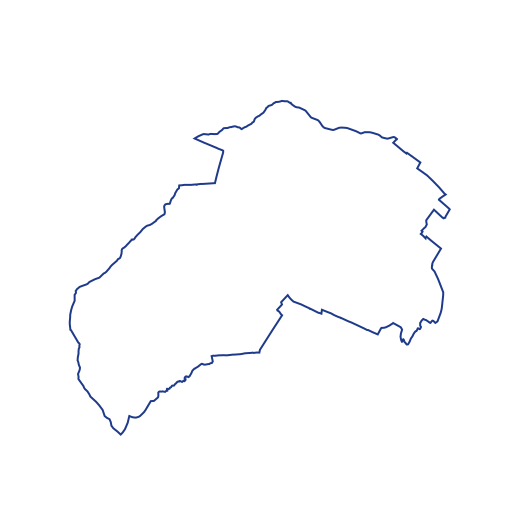 outline of Cristesti, Botosani, Romania, rotated 78°
{"feature_id": "2599482B85753621682274", "entity_name": "Cristesti", "entity_type": "district", "adm_level": 2, "iso_a3": "ROU", "parent_name": "Romania", "parent_adm1": "Botosani", "projection": "robinson", "projection_center": [26.725, 47.605], "detail": "fine", "context": "isolated", "style": "outline", "palette": "blue", "viewbox_px": 512, "rotation_deg": 78, "n_neighbors": 0, "source": "geoboundaries", "source_scale": "gbopen_adm2", "svg_char_len": 6095}
<svg xmlns="http://www.w3.org/2000/svg" viewBox="0 0 512 512"><g transform="rotate(78 256 256)"><path d="M255.0,440.1L256.3,441.5L262.1,442.7L266.6,445.9L268.3,446.9L270.8,448.2L275.0,450.0L277.2,450.5L281.8,451.9L283.7,452.3L289.6,452.9L290.0,452.4L303.8,447.8L304.5,447.2L305.6,446.8L307.2,447.5L308.5,447.6L309.9,448.6L312.6,449.5L314.7,449.9L317.9,451.3L321.0,452.2L322.7,451.9L325.8,451.9L328.3,451.4L329.1,451.5L331.0,452.3L334.4,454.6L337.4,454.7L338.6,455.1L339.6,455.2L347.4,451.8L348.9,451.6L350.5,451.0L353.4,449.0L356.6,447.8L359.1,447.2L365.4,442.7L369.7,440.3L374.8,438.0L381.1,437.3L383.3,435.5L385.2,433.2L388.3,432.6L391.9,432.7L394.8,431.4L398.8,428.1L402.5,425.5L401.0,423.2L398.2,420.2L392.5,416.2L386.2,413.2L387.9,410.6L389.0,407.7L389.1,406.8L389.0,404.8L388.9,404.1L388.3,402.5L385.5,398.1L384.0,396.4L376.1,389.1L376.5,385.9L374.0,381.4L373.7,381.1L372.2,380.5L369.4,380.0L368.7,379.3L368.5,378.7L368.7,377.5L369.0,376.7L369.0,375.6L370.0,373.1L369.4,372.1L369.3,370.7L368.9,370.6L368.1,370.9L367.7,370.9L367.4,370.6L367.9,369.1L367.8,368.2L366.9,367.6L366.7,366.4L365.5,365.2L365.4,364.8L365.7,363.2L364.1,361.3L364.1,360.9L363.7,360.3L363.0,359.7L362.9,358.9L362.5,358.2L362.8,357.1L362.4,356.7L362.5,356.3L363.8,354.5L363.0,352.9L363.1,352.5L363.5,352.2L363.2,351.4L362.8,350.9L361.9,350.5L361.4,351.3L360.4,351.1L360.0,350.9L359.7,350.5L359.6,350.2L359.3,349.9L359.2,349.3L359.8,348.7L359.8,347.8L360.4,347.2L359.9,346.1L357.3,343.7L354.9,342.0L353.4,339.7L353.4,339.0L353.1,338.5L352.1,335.6L350.4,332.3L350.2,331.3L350.5,331.0L350.7,330.4L351.3,329.7L351.7,328.6L351.8,325.0L352.0,324.2L351.6,323.4L351.5,323.0L351.4,322.0L351.5,321.5L350.2,320.2L344.7,320.2L344.6,318.9L345.1,316.7L345.4,313.3L346.3,308.3L347.1,305.2L347.7,298.7L348.0,297.4L348.8,291.5L348.9,288.2L348.8,287.6L349.8,280.6L349.8,279.4L350.3,278.6L350.6,275.1L351.2,272.8L348.5,271.6L332.5,255.9L319.4,242.8L318.3,243.6L315.2,244.9L314.4,245.6L313.9,246.3L313.0,246.5L308.9,240.7L306.4,241.0L300.9,233.1L303.7,231.9L305.9,230.6L308.4,228.8L312.8,221.8L315.1,218.9L318.2,214.7L318.7,214.1L318.9,214.2L319.6,212.9L324.5,206.8L324.6,206.3L326.0,204.0L322.3,202.7L325.2,198.4L327.8,194.4L330.1,191.8L332.3,188.8L333.6,186.7L334.2,186.0L334.1,185.9L338.9,179.5L341.1,176.2L349.5,165.1L351.5,162.7L351.8,161.6L352.3,161.0L355.0,157.5L358.0,153.2L353.3,149.2L352.4,148.3L352.8,145.7L352.8,144.3L352.5,142.9L351.8,140.0L350.8,137.5L350.4,136.1L350.1,135.8L355.6,129.4L356.4,129.0L358.4,128.4L361.8,130.3L365.0,131.4L368.1,131.5L369.9,131.2L370.2,131.1L370.2,130.8L368.2,129.6L368.1,129.2L368.7,128.9L371.3,128.5L372.1,127.8L373.6,127.2L374.0,126.8L374.0,125.6L371.9,123.7L369.0,121.7L366.9,119.5L364.7,117.8L363.5,116.5L362.8,115.6L362.8,114.8L362.3,114.2L360.4,112.8L360.5,112.3L361.5,111.4L361.6,111.0L361.4,110.7L360.3,109.7L359.6,109.4L358.2,109.9L355.6,109.3L353.7,107.5L352.5,105.8L352.4,105.3L353.0,104.8L354.1,102.9L357.7,99.5L357.7,99.3L356.1,97.3L355.9,96.9L356.4,96.0L358.7,94.5L358.2,93.1L357.6,92.0L350.2,87.3L347.9,86.1L345.6,85.1L333.4,81.1L330.4,80.4L316.3,82.7L308.2,84.6L305.5,86.2L304.8,86.5L304.0,86.4L301.8,85.8L301.7,85.5L300.3,85.2L298.7,84.2L287.2,73.5L277.2,81.6L272.4,85.3L273.0,85.9L273.1,86.2L273.9,86.5L270.6,88.6L268.7,90.2L267.8,88.9L267.2,88.6L266.9,88.1L265.7,88.8L263.7,85.7L263.0,84.3L260.7,82.4L257.6,82.3L256.4,82.0L247.7,72.3L257.4,65.5L257.5,65.0L258.1,64.7L257.9,62.9L257.0,62.5L256.4,62.0L250.7,56.8L250.2,57.0L246.0,60.1L239.0,65.4L238.7,65.3L238.0,64.2L236.5,60.8L235.3,57.7L234.1,58.7L226.8,62.7L219.5,67.3L212.7,71.9L203.8,80.1L198.7,75.8L186.5,86.8L187.1,87.5L184.5,89.8L173.8,98.2L171.6,95.1L171.2,94.0L170.9,93.8L168.9,95.5L168.4,96.2L168.2,97.1L168.6,102.9L167.7,105.1L166.2,108.1L163.7,110.0L162.6,111.3L159.3,117.3L158.6,119.0L157.5,123.8L158.0,127.8L157.6,128.6L154.8,132.1L150.2,139.5L149.5,140.9L148.3,145.0L147.9,147.4L147.9,148.3L148.7,152.9L148.8,153.7L148.7,154.6L148.4,155.4L145.1,162.1L144.3,163.0L142.6,164.1L138.5,165.7L136.5,166.8L135.8,167.5L132.3,172.9L131.7,173.5L124.9,176.9L124.1,177.4L123.3,178.3L119.8,182.9L119.0,185.2L118.4,186.3L117.8,187.0L115.3,189.3L113.6,190.1L113.8,190.4L111.3,192.9L111.1,193.4L110.7,195.3L110.1,197.3L109.8,197.9L109.7,198.6L109.9,200.2L109.9,202.1L109.5,204.7L109.6,205.1L110.1,205.9L110.2,206.9L111.4,208.8L111.7,210.3L111.8,212.4L112.1,213.0L112.9,213.9L113.2,215.0L115.2,216.6L117.4,219.0L118.5,221.7L119.5,223.5L119.9,225.4L120.8,227.6L122.0,229.0L123.1,229.5L124.2,230.3L124.7,231.8L125.7,233.0L126.8,237.0L127.5,238.5L127.7,240.4L128.9,243.7L128.9,243.8L127.3,245.0L126.7,245.7L126.4,246.9L125.0,248.9L124.8,249.7L124.6,250.6L124.7,251.7L124.6,252.3L124.8,253.1L124.6,254.0L124.6,255.4L124.9,257.1L124.3,260.7L124.6,261.6L125.7,263.0L127.0,266.0L128.2,267.6L128.6,268.6L128.2,271.0L127.1,275.2L127.3,277.3L125.8,281.9L126.1,283.7L126.8,287.1L127.5,289.4L128.3,291.6L133.9,283.9L142.4,271.6L143.2,270.6L145.5,267.0L146.2,266.2L147.9,266.6L161.5,273.8L169.9,278.0L176.2,281.0L174.5,292.7L174.1,294.6L173.7,298.1L173.9,298.6L174.0,299.3L173.8,299.7L173.5,299.8L172.9,304.8L171.5,311.3L171.4,313.7L171.0,316.4L173.7,317.3L174.1,317.8L174.2,318.4L174.7,319.2L177.8,322.0L179.5,322.9L181.9,325.4L182.0,326.0L182.4,326.5L183.9,327.7L186.9,329.4L187.0,330.0L186.6,331.5L186.6,333.4L186.7,334.0L187.7,335.1L188.4,335.5L189.5,335.7L194.1,336.0L195.9,336.7L196.5,337.7L196.7,338.8L197.6,341.1L199.0,344.1L199.6,345.0L200.1,346.0L200.8,346.4L202.9,351.1L203.6,353.4L203.7,355.7L203.9,356.8L204.9,358.9L206.2,361.3L208.6,364.2L210.7,367.6L212.8,370.4L213.6,371.0L214.3,372.0L214.4,372.7L214.1,373.6L214.1,374.1L214.5,374.1L215.1,375.4L216.7,377.5L218.2,379.8L219.2,381.1L220.4,383.3L220.8,384.6L221.2,385.3L221.6,385.7L222.7,386.3L223.7,386.4L225.8,387.1L228.4,388.5L229.5,389.3L230.1,390.4L230.3,391.6L231.7,393.0L234.8,398.6L236.1,400.5L237.4,401.8L240.3,405.7L241.1,407.2L241.4,408.6L244.6,413.7L245.2,418.2L246.4,423.0L247.0,424.8L248.2,426.4L248.6,428.2L249.0,431.3L249.5,434.7L249.7,435.2L251.4,438.3L252.5,439.2L252.7,439.6L254.3,439.7L255.0,440.1Z" fill="none" stroke="#1e3a8a" stroke-width="2"/></g></svg>